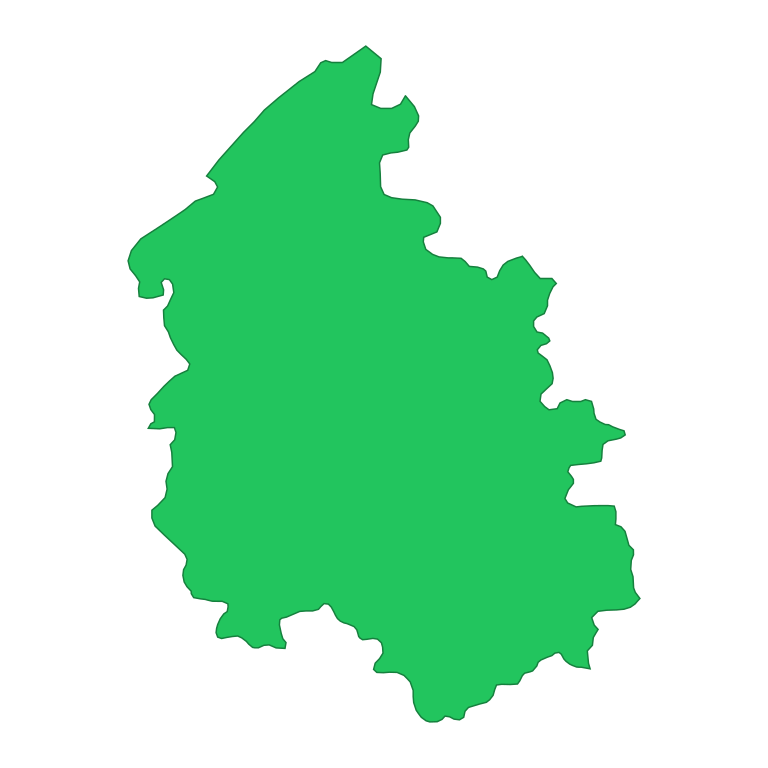 the district of Shchuchyn, Grodno, Belarus
{"feature_id": "67162791B66420794580046", "entity_name": "Shchuchyn", "entity_type": "district", "adm_level": 2, "iso_a3": "BLR", "parent_name": "Belarus", "parent_adm1": "Grodno", "projection": "orthographic", "projection_center": [24.728, 53.725], "detail": "fine", "context": "isolated", "style": "filled", "palette": "green", "viewbox_px": 768, "rotation_deg": 0, "n_neighbors": 0, "source": "geoboundaries", "source_scale": "gbopen_adm2", "svg_char_len": 4630}
<svg xmlns="http://www.w3.org/2000/svg" viewBox="0 0 768 768"><path d="M193.7,597.6L200.8,598.9L205.2,599.4L207.7,600.1L212.3,601.2L218.3,601.3L222.2,601.3L227.9,603.8L228.1,606.8L227.2,611.6L223.8,613.9L220.3,618.7L217.7,624.5L216.6,628.4L216.1,632.7L217.7,637.1L221.6,638.5L226.9,637.4L232.4,636.5L237.7,636.0L241.8,637.9L246.4,641.4L248.7,644.1L252.6,647.4L254.9,647.8L258.4,647.8L263.9,645.3L269.2,644.9L276.1,647.9L285.0,648.4L286.0,642.6L282.8,638.7L281.2,633.4L279.4,624.9L279.8,619.8L281.7,618.2L286.5,617.1L299.8,611.4L306.3,610.9L312.7,610.9L318.5,609.3L320.8,606.6L324.0,603.6L328.4,604.1L331.3,607.1L333.9,611.9L335.5,615.3L337.5,618.6L340.3,621.1L344.0,622.9L347.0,623.6L350.4,625.0L354.1,626.6L356.8,629.8L358.0,633.8L358.7,636.5L360.0,638.1L362.6,639.7L366.7,639.3L372.9,638.4L377.5,639.1L381.4,642.7L382.6,647.1L383.0,653.1L379.6,658.6L375.2,663.2L373.6,669.4L376.8,672.4L383.3,672.7L389.5,672.2L397.1,672.4L404.0,675.4L407.0,678.4L410.2,681.9L413.2,690.4L413.2,696.6L413.7,702.6L416.2,710.2L418.5,713.6L421.3,717.3L426.1,720.8L429.8,721.9L437.2,721.7L442.0,719.4L445.0,716.1L449.6,716.8L454.0,719.1L459.5,719.8L463.7,717.3L465.0,711.3L468.5,707.4L479.3,704.1L486.4,702.3L489.7,699.7L493.1,695.3L494.7,689.6L496.5,685.0L501.6,684.3L510.1,684.5L517.5,684.0L519.8,680.8L522.3,675.7L524.6,673.2L530.1,671.8L532.6,670.9L536.8,666.0L538.1,662.3L540.9,660.0L544.1,658.6L547.3,657.2L551.9,655.6L554.9,653.1L559.0,652.4L561.3,654.2L563.9,659.0L566.0,661.3L569.7,664.1L572.4,665.4L576.6,667.0L579.1,667.2L581.2,667.2L590.1,668.8L588.5,663.3L587.3,650.9L592.4,645.3L593.3,637.5L595.8,633.2L598.1,629.4L594.2,625.1L591.7,617.6L597.9,611.3L606.8,610.2L616.4,609.9L624.0,609.2L630.4,607.2L635.1,603.9L637.5,601.1L639.9,598.5L635.3,592.4L633.6,587.9L633.0,576.7L630.7,569.4L631.3,560.4L633.5,554.8L633.4,549.8L628.9,545.3L627.2,539.1L625.0,531.3L621.0,526.8L615.4,524.6L615.9,519.0L615.9,511.7L614.2,506.1L608.0,505.6L601.9,505.6L594.0,505.7L581.7,506.3L576.1,506.9L567.7,503.0L564.9,498.5L568.4,489.7L571.1,486.3L573.4,483.3L573.4,479.4L571.5,476.4L567.8,471.8L569.0,467.9L570.6,465.4L578.3,464.5L586.4,463.8L593.9,462.8L600.8,461.2L601.7,458.0L602.1,450.4L603.0,444.4L608.0,440.8L616.5,439.1L620.8,437.9L625.2,434.9L624.0,430.8L619.7,429.5L612.6,426.8L608.6,424.7L605.2,424.5L599.9,422.0L596.0,419.3L594.0,413.2L593.7,408.9L591.5,401.4L585.4,399.7L580.8,401.5L572.5,401.5L566.8,399.7L560.0,403.0L557.2,408.7L549.0,409.8L544.7,406.6L540.0,401.3L541.0,394.1L546.7,388.7L552.1,383.7L553.1,378.3L552.4,372.6L549.9,365.8L547.0,359.8L542.0,355.9L538.1,353.0L537.3,349.8L540.9,345.4L546.5,343.7L549.8,340.9L548.7,338.1L542.6,333.1L537.0,332.0L533.6,326.5L533.6,320.9L536.9,317.0L544.2,313.6L547.5,305.8L547.5,300.2L549.7,293.5L553.0,286.8L556.3,283.5L551.9,278.5L545.2,278.5L540.2,278.5L534.6,272.4L529.8,265.4L525.6,259.9L522.3,256.2L521.4,256.7L516.4,258.1L507.8,261.4L503.2,265.0L499.7,270.7L497.2,277.1L491.8,279.6L487.2,277.1L485.8,271.1L483.3,268.9L477.5,267.1L469.3,266.4L465.1,261.5L461.1,258.3L452.6,257.9L448.3,257.9L439.0,256.9L432.6,254.4L425.8,249.4L423.3,241.9L423.7,237.3L430.8,234.4L436.9,231.9L440.4,223.4L440.4,217.3L432.9,205.9L427.2,202.7L415.1,199.9L402.3,199.2L391.6,197.7L384.1,194.5L380.6,186.7L380.2,173.5L379.5,162.8L382.7,155.0L390.9,152.9L397.7,152.2L406.9,150.0L408.7,147.2L408.3,139.7L409.8,133.0L415.4,125.9L418.3,121.2L418.6,115.9L414.4,106.6L405.5,95.9L405.4,95.9L400.5,104.2L391.7,108.4L380.7,108.4L371.5,104.6L373.0,93.9L375.3,87.0L380.3,72.1L381.1,58.7L365.8,46.1L342.4,62.5L331.7,62.5L325.6,60.6L320.7,62.8L314.9,71.6L299.2,81.5L278.5,97.9L264.3,110.1L254.3,121.6L243.6,132.3L235.1,141.8L219.0,159.8L206.6,176.0L214.8,181.7L217.6,187.0L213.5,194.3L203.0,198.3L195.3,201.1L185.1,209.6L174.5,216.8L158.7,227.3L140.8,238.9L131.4,250.6L128.1,260.8L130.1,268.9L135.7,275.8L139.7,281.9L138.5,288.4L139.2,296.5L146.5,298.2L153.0,297.8L163.2,295.0L163.6,289.8L161.2,282.4L164.5,278.8L169.4,279.6L172.6,284.1L173.8,292.6L170.9,298.7L167.6,306.0L163.5,310.1L163.8,317.6L164.5,325.7L168.4,331.9L170.4,337.7L173.8,344.7L176.9,350.2L181.0,354.4L186.2,359.3L189.8,364.0L187.7,370.3L174.9,376.2L169.4,381.1L163.9,386.4L157.2,393.7L151.2,399.7L149.0,404.3L150.8,409.6L154.5,414.5L154.4,421.8L150.8,423.8L148.3,428.3L159.7,428.8L167.4,427.6L174.4,427.6L176.0,432.5L174.7,439.8L170.2,444.7L171.8,452.4L172.5,466.7L168.0,473.6L166.0,481.3L167.1,489.1L165.1,497.6L157.7,505.4L151.9,510.2L151.9,518.0L155.1,526.1L164.5,535.2L177.7,547.5L184.8,554.2L187.1,559.4L186.1,565.1L183.6,569.6L182.9,575.4L184.2,582.0L187.0,586.7L191.2,591.2L191.3,593.7L193.7,597.6Z" fill="#22c55e" stroke="#15803d" stroke-width="1.5"/></svg>